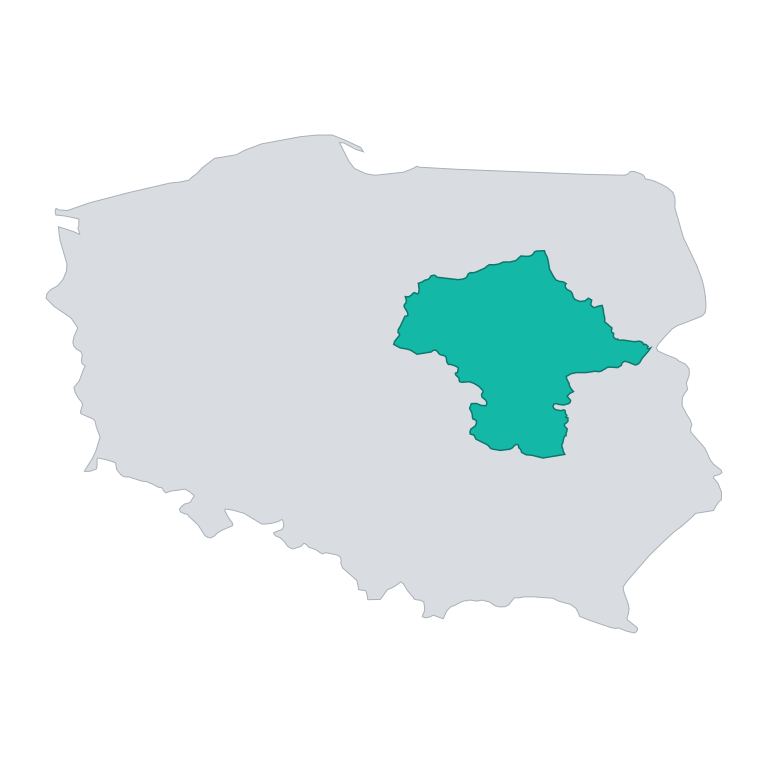 location of Masovian within Poland
{"feature_id": "POL-3148", "entity_name": "Masovian", "entity_type": "Voivodeship", "adm_level": 1, "iso_a3": "POL", "parent_name": "Poland", "parent_adm1": "", "projection": "equal_earth", "projection_center": [21.23, 52.228], "detail": "fine", "context": "in_parent", "style": "filled", "palette": "teal", "viewbox_px": 768, "rotation_deg": 0, "n_neighbors": 0, "source": "natural_earth", "source_scale": "10m", "svg_char_len": 7086}
<svg xmlns="http://www.w3.org/2000/svg" viewBox="0 0 768 768"><path d="M686.7,414.4L690.4,420.3L691.9,425.0L690.5,428.6L691.0,432.3L704.9,448.2L710.2,459.8L713.5,464.3L721.2,470.2L721.9,472.6L718.9,474.8L714.5,475.7L713.3,477.8L718.0,483.2L721.5,492.4L721.3,500.0L718.8,501.9L715.6,506.4L713.5,510.5L695.6,513.4L691.3,517.8L681.6,526.3L674.9,531.2L665.1,540.1L649.5,555.3L627.0,581.2L623.1,587.1L623.9,592.0L628.1,603.5L629.1,608.7L628.4,613.5L627.0,617.8L627.3,619.7L637.2,627.7L637.6,629.3L636.7,631.4L634.7,633.0L627.1,631.3L618.6,628.0L615.8,628.4L611.2,627.7L592.3,621.3L579.6,616.3L578.4,613.0L575.9,608.3L570.5,604.4L558.2,601.0L553.1,598.3L533.1,596.8L524.4,596.8L518.2,597.9L514.3,597.8L508.8,604.7L505.1,606.7L499.6,606.9L494.8,605.7L489.9,602.1L482.1,600.1L476.5,601.1L472.3,600.3L468.7,600.1L467.4,600.8L464.6,600.7L460.3,602.4L455.7,604.9L450.7,606.8L446.8,610.8L443.2,618.8L433.4,615.2L430.1,616.8L425.5,617.8L422.3,616.7L423.1,614.0L424.6,610.9L424.5,606.6L423.7,601.9L420.6,600.3L416.1,599.7L413.7,598.8L413.5,597.2L411.2,595.2L407.2,590.1L403.4,583.8L400.8,581.9L397.0,584.9L391.1,588.3L387.5,589.5L380.4,599.4L367.8,599.7L367.1,595.1L365.8,590.7L358.5,589.6L358.3,587.0L356.9,580.5L342.4,567.8L340.7,562.5L341.3,560.4L340.3,557.1L337.2,555.0L325.6,552.6L322.6,554.0L320.0,552.6L315.8,549.6L308.5,547.1L307.7,545.8L305.2,543.7L303.7,543.4L302.7,544.7L300.6,546.5L293.0,548.9L290.0,547.9L287.3,545.9L284.3,541.5L279.9,537.6L276.2,536.2L274.1,534.2L273.6,532.6L282.0,529.5L283.9,526.2L282.9,520.3L281.7,519.5L278.4,521.5L271.5,523.3L265.1,524.1L261.8,524.1L244.0,513.3L232.3,510.0L225.4,509.0L224.6,510.1L227.6,516.2L232.8,523.7L232.5,525.7L222.2,530.1L217.7,532.7L214.0,536.3L210.7,537.9L208.0,537.5L205.1,535.8L197.9,524.7L188.7,516.2L187.7,514.3L184.7,513.9L180.6,511.9L179.3,509.3L181.5,506.6L184.4,504.1L189.6,502.6L191.2,501.2L192.1,499.0L194.1,496.2L193.7,495.2L190.1,492.1L184.9,489.1L170.0,491.3L165.9,492.9L163.7,490.8L162.0,487.8L158.3,487.2L153.3,484.5L147.3,481.8L141.4,481.0L129.1,477.0L124.4,476.8L121.7,475.5L118.9,472.5L116.6,469.3L115.6,462.7L106.7,459.8L97.7,457.9L97.0,458.8L97.1,465.5L96.5,469.0L90.4,471.2L84.5,471.4L84.9,470.3L92.4,458.4L95.9,450.9L100.1,437.2L96.2,426.5L95.2,421.5L93.3,419.1L81.1,413.8L80.3,412.0L82.5,405.0L81.7,402.0L78.8,398.8L75.2,392.6L73.9,387.3L79.2,381.1L83.1,370.3L85.1,366.0L82.0,363.5L81.3,360.1L82.4,355.2L80.8,351.6L76.6,349.2L73.9,346.1L72.8,342.3L74.1,336.2L77.8,327.9L71.1,318.0L54.1,306.4L46.1,298.3L47.0,293.6L50.9,289.5L57.8,285.7L63.2,279.1L66.4,271.2L67.0,264.1L60.3,241.2L59.3,235.5L58.4,226.7L73.4,231.6L79.7,234.3L79.1,231.2L77.9,228.6L78.9,224.7L78.8,218.9L65.0,216.0L55.9,215.0L55.1,210.9L56.1,208.3L58.6,209.9L67.5,210.5L90.0,202.7L128.7,192.6L169.8,183.1L179.3,182.1L189.0,180.1L192.6,176.6L196.2,174.2L202.0,168.0L214.6,158.3L236.3,154.8L244.5,150.3L261.6,143.9L300.3,136.7L316.4,135.1L332.2,135.0L346.1,140.6L360.8,147.6L363.4,151.8L355.4,149.2L343.8,142.9L339.5,142.6L349.1,161.7L354.5,168.5L365.5,173.6L374.8,175.3L403.5,172.2L413.7,168.2L416.7,166.2L419.3,167.2L456.8,169.3L587.1,174.4L624.6,175.2L626.9,174.6L630.7,171.4L635.4,171.8L640.9,173.8L643.5,175.3L644.6,177.0L645.3,179.0L648.4,179.4L653.9,180.9L661.4,184.3L667.3,187.6L672.9,192.3L674.9,197.6L675.1,203.7L674.8,207.6L683.4,237.6L696.6,265.2L701.6,278.5L703.6,285.6L705.3,296.0L705.9,303.3L705.9,307.4L705.0,313.0L701.3,316.4L676.8,325.9L672.2,328.9L665.0,336.4L658.4,344.1L656.9,346.7L656.5,348.5L658.0,351.0L666.9,355.1L675.8,358.5L678.8,361.0L685.4,364.1L687.8,367.0L689.2,369.5L689.2,375.3L686.3,383.3L687.7,389.3L684.7,393.3L682.3,397.8L682.1,405.7L686.7,414.4Z" fill="#d9dde1" stroke="#a8b0b8" stroke-width="1"/><path d="M544.4,250.7L545.3,253.6L546.8,256.3L547.9,259.6L549.6,269.3L553.4,276.3L555.8,279.9L559.4,281.4L563.1,281.8L566.2,283.6L565.1,285.1L565.4,287.3L567.2,289.6L569.7,290.7L571.4,292.0L572.4,294.1L573.3,297.2L575.1,299.6L579.9,301.5L585.0,300.9L588.4,298.2L591.7,300.1L590.6,304.7L592.3,306.5L594.4,307.7L598.2,306.2L602.1,305.4L603.2,309.4L603.7,313.8L604.5,316.8L604.8,319.9L604.6,321.8L608.4,324.9L609.8,326.3L611.3,327.3L611.8,327.8L611.9,328.7L611.7,329.4L611.4,330.0L611.4,330.8L611.6,331.9L612.0,332.6L612.5,333.0L613.5,333.1L613.7,333.5L613.3,336.3L613.8,337.2L614.9,338.5L616.3,339.3L617.5,338.9L618.3,339.9L619.9,340.2L623.5,340.1L634.0,341.7L639.3,341.2L641.3,341.7L642.9,342.8L643.5,344.8L645.0,344.2L646.2,344.7L648.1,346.5L647.8,347.0L647.5,347.9L647.3,348.3L648.4,348.8L649.5,348.5L650.5,348.0L648.4,351.1L642.0,358.5L640.1,362.0L637.9,364.2L635.3,365.0L627.3,361.8L624.5,361.3L623.3,362.0L622.2,362.9L621.7,364.0L621.4,365.3L617.7,367.6L610.2,367.1L607.6,367.3L601.2,371.1L598.8,371.7L595.3,371.2L586.0,372.6L576.2,372.6L571.1,373.7L566.2,376.5L566.7,378.7L567.8,381.1L569.1,383.3L569.4,385.6L571.1,388.8L573.5,391.6L569.7,393.4L567.1,396.3L570.6,400.4L570.1,402.4L568.4,403.7L563.6,405.0L558.7,404.4L556.2,403.6L553.8,404.1L553.1,406.3L553.2,407.2L554.0,408.4L555.0,409.3L556.9,410.0L560.4,410.6L561.6,410.5L563.3,409.9L564.0,409.9L565.0,410.5L565.3,411.3L565.2,412.3L565.4,413.5L566.6,415.0L566.8,416.0L565.8,417.0L565.8,417.6L567.9,417.8L567.9,421.3L566.2,423.1L564.6,424.1L564.5,426.2L567.2,428.8L566.8,431.3L566.0,433.9L566.1,435.7L565.4,435.8L564.7,436.2L563.9,437.6L562.7,443.0L562.1,444.3L561.9,445.0L561.8,446.0L561.9,446.7L562.6,448.2L563.1,451.0L564.8,454.4L542.9,458.0L531.6,455.2L526.3,454.8L521.6,452.4L521.2,451.1L520.9,449.6L518.8,447.8L518.3,444.9L516.2,444.3L514.1,445.9L512.0,448.1L509.8,449.2L500.3,450.4L492.0,449.0L490.2,448.0L488.8,446.1L487.2,444.7L476.0,439.2L474.0,435.1L470.2,434.0L470.0,431.5L470.9,429.1L475.3,425.9L476.4,423.5L476.4,420.8L475.6,420.0L473.0,419.0L472.5,417.6L472.3,414.9L471.6,412.2L469.6,408.4L471.4,403.6L476.7,403.5L480.8,405.3L485.8,405.8L486.6,404.4L486.8,402.4L485.8,400.2L482.1,397.2L481.5,394.7L481.9,393.6L482.6,392.8L483.2,391.9L482.7,390.4L478.8,386.3L473.8,383.3L469.3,381.7L462.1,382.3L459.7,381.7L459.1,380.3L459.3,378.7L457.7,376.8L455.9,375.2L455.3,373.3L457.6,372.3L458.3,368.0L457.4,367.1L454.7,365.7L450.1,364.3L449.0,364.5L448.1,364.1L446.7,361.7L446.5,358.7L445.7,356.5L443.8,355.5L441.4,355.0L439.3,354.1L437.7,351.9L435.8,350.1L433.3,350.3L431.1,352.0L417.0,354.2L410.8,350.3L407.3,349.1L400.2,347.9L393.7,344.4L394.2,343.0L394.5,341.5L399.6,335.2L399.3,333.6L398.0,332.5L398.4,329.3L400.2,326.5L404.9,316.3L407.8,315.7L407.7,312.9L405.8,309.4L404.7,307.8L404.0,306.0L404.6,304.3L406.0,303.1L406.3,300.0L405.3,296.6L408.6,296.9L411.5,295.1L412.7,293.6L414.2,292.6L415.5,293.0L416.7,293.7L418.0,293.8L418.7,292.4L419.0,290.7L419.2,289.1L418.7,286.6L418.7,284.9L418.3,283.3L421.8,282.1L425.0,280.1L427.3,279.7L429.3,278.5L431.0,275.9L433.7,275.2L434.9,275.4L435.9,276.0L436.4,276.7L436.9,277.2L458.2,279.7L463.2,279.0L465.3,278.2L467.0,276.7L468.2,273.9L470.3,272.6L472.8,272.8L475.3,272.3L484.7,268.2L487.0,266.2L489.4,264.7L494.2,264.8L498.5,264.1L503.4,262.0L509.8,262.0L515.8,260.6L520.9,256.0L526.9,256.4L530.0,256.1L532.7,254.6L534.6,251.8L536.3,251.1L544.4,250.7Z" fill="#14b8a6" stroke="#0f766e" stroke-width="1.5"/></svg>